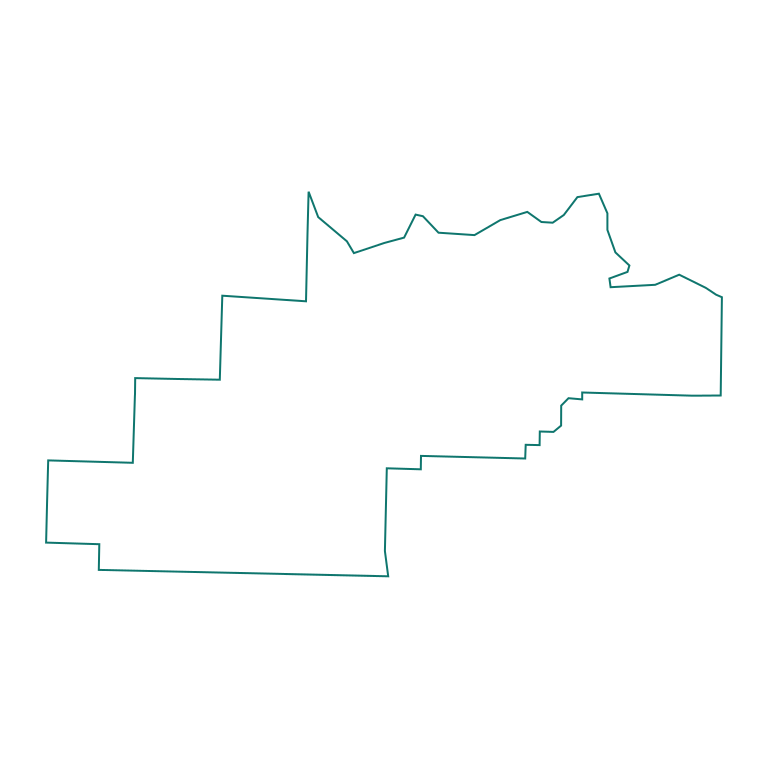 the district of Logan, Arkansas, United States of America
{"feature_id": "52423323B80163147366525", "entity_name": "Logan", "entity_type": "district", "adm_level": 2, "iso_a3": "USA", "parent_name": "United States of America", "parent_adm1": "Arkansas", "projection": "robinson", "projection_center": [-93.629, 35.225], "detail": "fine", "context": "isolated", "style": "outline", "palette": "teal", "viewbox_px": 768, "rotation_deg": 0, "n_neighbors": 0, "source": "geoboundaries", "source_scale": "gbopen_adm2", "svg_char_len": 854}
<svg xmlns="http://www.w3.org/2000/svg" viewBox="0 0 768 768"><path d="M721.9,297.2L716.1,294.7L705.7,287.8L679.2,274.7L655.2,284.8L610.6,287.2L609.4,278.5L627.5,271.9L629.4,265.5L615.4,252.4L607.4,229.9L607.4,213.3L598.9,193.7L577.4,197.1L563.8,215.0L552.7,222.7L541.4,222.0L527.3,211.9L500.3,220.1L474.5,235.1L438.5,232.7L422.9,216.2L415.6,214.6L404.1,237.6L384.2,243.0L353.9,253.1L346.9,241.3L318.2,217.1L308.6,191.7L307.5,233.5L306.0,301.3L222.3,295.7L219.8,379.7L178.0,379.0L135.2,378.1L135.0,394.3L134.9,395.9L132.8,462.8L48.2,460.4L47.1,501.4L46.1,542.6L99.3,544.2L98.8,569.9L388.2,576.3L384.9,551.0L386.8,468.3L420.8,469.3L421.0,455.9L525.2,458.5L525.7,444.8L539.6,445.1L539.8,431.5L553.5,431.9L561.1,425.6L561.2,405.6L568.5,398.2L582.2,399.4L582.2,392.5L692.9,395.7L720.7,395.5L721.9,297.2Z" fill="none" stroke="#0f766e" stroke-width="2"/></svg>